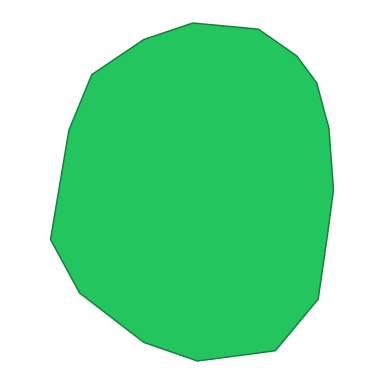 Lukalaba, Kasaï-Oriental, Democratic Republic of the Congo (Equal Earth projection)
{"feature_id": "63176286B63969135863157", "entity_name": "Lukalaba", "entity_type": "district", "adm_level": 2, "iso_a3": "COD", "parent_name": "Democratic Republic of the Congo", "parent_adm1": "Kasaï-Oriental", "projection": "equal_earth", "projection_center": [23.657, -6.482], "detail": "fine", "context": "isolated", "style": "filled", "palette": "green", "viewbox_px": 384, "rotation_deg": 0, "n_neighbors": 0, "source": "geoboundaries", "source_scale": "gbopen_adm2", "svg_char_len": 325}
<svg xmlns="http://www.w3.org/2000/svg" viewBox="0 0 384 384"><path d="M143.8,39.5L91.8,74.6L68.9,130.2L50.5,239.4L79.6,293.0L143.8,342.4L197.4,361.0L275.4,350.7L318.2,299.1L327.4,235.3L333.5,189.9L328.9,128.1L316.7,82.8L296.8,56.0L258.5,29.2L192.8,23.0L143.8,39.5Z" fill="#22c55e" stroke="#15803d" stroke-width="1.5"/></svg>